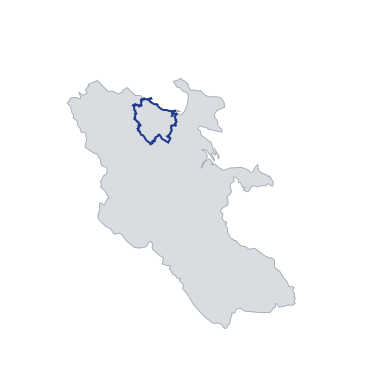 Zaporizhzhya highlighted on a map of Ukraine, rotated 226°
{"feature_id": "UKR-331", "entity_name": "Zaporizhzhya", "entity_type": "Region", "adm_level": 1, "iso_a3": "UKR", "parent_name": "Ukraine", "parent_adm1": "", "projection": "equal_earth", "projection_center": [35.703, 47.193], "detail": "fine", "context": "in_parent", "style": "outline", "palette": "blue", "viewbox_px": 384, "rotation_deg": 226, "n_neighbors": 0, "source": "natural_earth", "source_scale": "10m", "svg_char_len": 8882}
<svg xmlns="http://www.w3.org/2000/svg" viewBox="0 0 384 384"><g transform="rotate(226 192 192)"><path d="M257.8,248.6L261.9,254.3L265.3,257.2L267.1,257.3L271.8,255.3L274.9,256.0L277.6,254.1L284.6,255.5L282.5,259.1L281.5,262.8L272.5,264.2L269.1,262.0L265.6,262.1L263.6,264.8L260.1,266.6L258.9,268.7L252.5,268.6L248.2,270.6L244.9,274.7L241.2,277.3L238.4,278.1L233.9,277.1L230.4,274.3L233.3,266.4L232.4,262.1L229.6,260.1L226.0,259.9L221.4,256.5L216.1,256.9L214.3,255.2L225.4,247.5L227.8,247.2L234.5,243.1L233.3,239.8L230.5,240.6L226.6,238.0L214.1,240.1L206.6,236.1L203.1,235.7L202.2,234.7L205.9,233.8L206.2,232.4L201.2,231.5L198.5,229.6L212.3,231.4L216.0,228.3L212.2,229.4L208.3,228.7L206.9,227.7L205.3,224.6L205.3,220.2L203.6,216.3L202.3,215.1L204.8,221.4L204.0,227.5L198.1,227.2L198.7,224.7L195.9,228.0L191.4,228.1L185.5,229.7L182.9,236.0L175.1,244.9L168.2,247.9L165.8,247.4L164.8,248.1L164.3,250.8L165.4,252.2L166.2,256.6L165.8,258.5L163.5,256.0L160.7,254.9L157.6,255.3L151.8,257.8L149.9,257.3L150.0,258.6L149.4,259.0L144.1,257.7L141.9,256.5L140.2,254.2L141.9,253.1L145.2,252.7L145.2,249.4L149.4,245.2L149.7,243.3L153.4,240.8L154.5,238.0L153.3,233.9L153.9,231.8L157.9,230.3L158.1,233.5L158.9,233.2L159.8,231.6L165.1,233.1L166.7,232.0L168.9,234.1L173.0,233.5L174.0,232.5L170.5,230.0L171.0,225.9L169.9,223.6L164.8,220.6L163.9,217.0L164.5,213.8L161.9,212.6L157.8,209.1L159.3,202.8L159.2,200.5L158.0,198.7L154.6,199.0L152.2,195.3L148.1,194.7L146.9,196.0L146.3,194.7L144.9,194.8L145.1,193.3L144.2,192.7L140.8,192.3L140.0,190.9L136.4,188.9L131.9,187.6L129.4,188.9L128.2,188.5L126.3,189.9L119.9,189.5L115.9,192.3L110.5,193.5L109.9,195.5L107.9,198.1L95.9,199.9L90.8,201.8L89.1,203.5L85.9,204.1L80.9,199.4L79.3,199.1L74.1,200.0L65.6,198.1L61.2,198.1L56.8,196.0L55.2,197.8L52.1,199.1L51.9,197.3L50.5,195.5L47.4,195.0L46.5,193.5L43.7,192.4L42.3,189.1L40.3,189.1L40.7,185.6L43.5,183.1L48.3,174.7L53.3,175.5L53.5,174.5L51.3,172.6L51.9,170.0L51.0,164.7L52.1,163.3L58.1,157.1L70.1,146.9L74.5,146.2L76.7,143.7L76.9,141.9L75.2,138.3L77.4,137.1L77.3,136.5L75.6,135.1L73.9,131.2L70.9,127.3L71.3,125.6L70.3,123.0L70.5,121.1L73.5,120.5L76.1,121.6L79.1,120.0L83.3,115.8L95.0,114.4L109.0,114.8L122.8,117.8L128.8,118.1L131.2,121.4L136.2,121.3L137.6,121.9L137.7,123.8L140.4,121.5L142.9,122.1L145.8,121.1L152.6,122.5L153.3,124.3L154.6,124.8L156.7,122.6L160.9,120.7L164.7,125.8L168.2,124.7L178.2,123.8L180.6,125.5L181.0,127.0L184.4,128.3L185.9,126.4L184.5,121.4L185.4,119.5L188.3,115.2L192.1,112.1L201.9,110.8L210.8,112.0L213.5,110.7L214.9,107.4L216.1,106.7L222.1,107.8L227.8,106.0L237.4,105.9L240.4,107.8L243.5,113.4L248.1,117.6L247.8,118.9L243.5,119.7L243.4,120.4L244.8,122.3L245.3,126.2L246.0,126.7L245.0,128.5L249.6,128.9L253.2,130.2L259.0,129.6L260.6,132.6L263.1,132.9L263.1,134.9L265.2,139.5L264.4,142.0L264.7,143.5L267.7,147.1L269.1,147.6L272.7,145.7L276.4,146.3L279.6,149.0L282.8,149.0L284.8,150.5L287.1,148.7L298.2,146.2L300.8,148.7L301.2,150.4L302.9,152.6L308.7,156.6L310.4,156.2L310.8,154.4L312.2,153.8L315.4,155.7L318.7,155.9L323.3,158.7L327.6,158.0L329.8,160.4L332.4,160.7L337.8,164.0L342.9,163.9L342.6,167.0L343.7,168.4L343.5,170.9L339.9,174.9L336.6,176.1L337.7,178.1L341.7,179.5L342.0,180.1L338.5,180.4L337.0,181.9L336.1,185.1L339.3,186.2L340.3,190.1L339.7,191.3L341.5,192.1L338.0,201.3L322.5,201.5L319.5,205.2L314.9,206.4L313.5,207.5L312.1,212.8L313.5,213.7L312.2,215.9L312.4,217.8L301.0,218.2L297.5,221.6L292.6,222.5L288.3,226.1L286.4,225.0L284.2,225.0L279.4,227.3L275.1,227.1L271.7,228.1L264.4,233.5L261.0,238.2L257.7,239.6L262.3,235.7L262.5,233.7L261.5,232.1L258.6,236.0L254.9,237.7L255.0,242.2L257.8,248.6ZM208.5,238.5L198.5,236.2L197.6,233.6L199.8,235.9L208.5,238.5Z" fill="#d9dde1" stroke="#a8b0b8" stroke-width="1"/><path d="M273.0,227.5L270.7,228.6L270.2,229.0L268.9,230.4L268.3,230.9L266.3,231.8L265.9,232.0L265.7,232.3L265.2,232.9L264.9,233.1L264.3,233.5L264.0,233.7L262.3,236.3L262.0,236.1L262.5,235.4L263.1,234.8L263.4,234.5L263.4,233.9L262.8,234.4L262.5,234.5L262.1,234.1L261.9,233.6L262.0,233.1L262.4,232.2L261.8,232.1L261.2,231.7L261.0,231.4L260.8,231.0L260.7,230.6L260.4,231.0L260.5,231.4L260.8,231.8L261.0,232.2L261.0,232.4L261.1,232.6L261.2,232.8L261.1,233.1L261.0,233.4L260.4,233.9L259.3,235.4L258.7,235.3L258.5,235.1L258.5,234.6L258.4,234.2L258.5,233.6L258.5,233.4L258.1,231.8L258.0,231.6L257.9,231.5L257.4,231.5L257.2,231.5L257.0,231.3L256.8,231.3L256.6,231.1L256.2,230.8L255.3,230.9L255.0,230.8L255.0,230.5L255.0,230.4L255.2,230.2L255.1,229.9L254.3,229.8L253.7,229.9L253.4,229.8L253.3,229.5L252.9,228.9L252.8,228.6L252.8,228.4L253.1,228.0L253.2,227.9L253.1,227.7L253.0,227.2L252.8,227.1L252.4,227.0L252.1,227.0L251.8,226.8L251.7,226.7L251.5,226.8L251.3,226.7L251.2,226.7L251.2,226.3L251.2,226.2L251.4,226.0L252.1,225.9L252.4,225.6L252.7,225.4L252.8,225.3L252.9,224.9L253.1,224.7L253.2,224.1L253.2,223.9L253.3,223.9L254.0,223.6L254.1,223.3L254.0,223.0L253.9,222.7L253.7,222.6L253.3,222.6L253.2,222.4L252.9,221.6L252.8,221.4L251.9,221.1L251.4,220.8L251.0,220.8L250.9,220.7L250.7,220.0L250.6,219.8L250.1,219.7L250.0,219.4L250.0,218.6L249.7,217.6L249.2,217.3L249.1,217.1L249.0,216.7L249.0,216.3L249.1,215.7L248.9,215.1L248.9,214.9L249.0,214.8L249.1,214.7L249.1,214.4L249.1,214.2L248.7,214.0L248.6,213.8L248.7,213.5L248.7,213.3L248.8,213.2L249.1,213.1L249.2,212.9L247.9,212.9L247.7,213.0L247.5,213.4L247.4,213.5L247.2,213.8L246.6,213.6L246.3,213.7L245.9,213.9L245.7,213.9L245.6,213.7L245.5,213.3L245.5,213.2L245.3,212.8L244.5,210.3L244.1,209.3L246.0,208.7L248.2,208.3L250.5,207.4L251.6,207.4L253.0,208.0L254.8,208.3L255.9,208.3L256.1,208.3L256.2,208.2L256.3,207.9L256.4,207.4L256.4,207.1L256.2,207.0L255.9,206.8L255.8,206.6L256.1,206.0L256.4,205.0L256.5,204.6L256.7,203.6L256.5,203.4L255.8,203.2L255.7,203.1L255.8,202.7L255.7,202.4L255.8,202.2L256.0,201.8L256.0,201.7L255.9,201.5L254.6,200.8L254.4,200.7L254.4,200.4L254.4,200.2L254.5,200.1L255.1,199.6L255.9,199.4L256.1,199.3L256.2,199.2L256.2,198.8L256.1,198.6L255.4,198.5L255.2,198.3L255.0,198.2L255.0,197.9L254.9,197.7L254.6,197.7L254.5,197.4L254.9,197.2L255.0,196.5L255.1,196.2L254.9,195.7L255.0,195.4L255.3,195.3L255.5,195.3L255.5,195.7L255.5,196.0L256.7,196.2L257.1,195.9L257.7,195.5L258.1,195.3L258.5,195.4L258.8,195.3L259.0,195.2L259.7,195.1L259.8,195.1L260.3,195.3L260.5,195.3L261.8,195.1L262.3,195.2L263.4,195.7L266.1,196.1L266.4,196.2L266.7,196.2L266.9,196.1L267.1,196.0L267.5,195.6L267.9,195.4L268.6,195.2L269.1,195.2L269.3,195.2L269.5,195.3L269.9,195.7L270.1,195.8L271.0,196.0L271.4,196.5L271.7,196.5L272.6,196.1L273.6,195.9L274.0,196.0L274.0,196.7L274.1,197.0L274.2,197.3L274.5,197.3L275.2,197.0L275.4,197.0L275.3,197.3L275.0,197.7L275.0,197.8L275.4,198.0L275.5,198.1L275.6,198.6L275.6,198.9L275.6,199.0L275.8,199.1L276.0,199.2L276.1,199.3L276.6,199.3L276.5,199.6L276.6,199.9L276.3,200.7L276.2,200.8L275.8,200.6L275.7,200.6L275.6,200.9L275.9,201.1L275.9,201.3L276.2,201.4L276.3,201.5L277.2,201.5L277.3,201.4L277.5,201.1L277.9,200.9L278.1,200.9L278.1,201.0L278.3,201.6L278.9,201.7L279.1,201.9L279.5,202.0L280.0,201.9L280.3,201.6L280.5,201.5L280.7,201.4L281.0,201.5L281.3,201.7L284.4,201.3L284.4,202.2L284.5,202.5L284.9,202.6L285.5,202.5L285.8,203.1L286.3,204.1L286.6,204.7L286.8,204.9L287.3,205.0L287.0,205.3L286.9,205.4L286.9,205.6L287.0,205.8L287.4,205.8L287.4,206.0L287.3,206.4L287.3,206.5L287.5,206.6L288.2,206.4L288.7,206.7L289.3,207.4L289.8,207.7L290.4,207.3L290.7,207.3L291.4,207.7L291.6,207.8L292.0,208.3L293.3,209.3L293.7,209.8L293.8,209.9L294.0,209.9L294.1,209.7L295.4,209.7L295.4,209.8L295.1,210.4L295.0,210.5L295.0,210.8L294.9,211.1L294.8,211.4L294.8,211.5L294.8,211.9L294.8,212.0L294.5,212.2L294.2,211.9L294.0,211.7L293.8,211.6L293.6,211.6L293.4,211.8L293.2,212.3L293.0,212.6L292.9,212.8L292.9,213.0L292.8,213.3L292.2,213.5L291.8,213.5L291.5,213.5L291.3,213.4L291.1,213.3L290.8,213.2L290.6,213.1L290.4,213.1L290.2,213.3L290.2,213.6L290.6,214.3L290.7,215.1L290.5,215.3L290.4,215.3L289.4,215.4L289.2,215.5L289.3,215.7L289.4,215.8L289.8,216.2L290.7,216.5L291.1,216.7L291.4,217.2L291.5,217.5L291.8,218.1L291.9,218.4L292.6,218.8L292.8,218.6L293.7,219.2L293.8,219.3L293.5,219.6L293.3,219.8L293.7,220.3L293.7,220.5L293.3,220.8L293.1,220.8L292.9,220.7L292.7,220.7L292.1,221.2L291.9,221.4L291.9,221.5L292.4,222.5L292.2,222.5L291.5,223.0L291.3,223.1L290.7,223.3L289.8,224.1L289.3,224.2L289.4,224.7L289.2,225.2L288.8,225.7L288.7,226.2L288.6,226.8L288.2,227.4L287.8,227.8L287.4,227.7L287.5,227.5L287.9,227.7L288.2,227.0L288.4,226.3L288.4,225.9L288.2,225.8L287.6,225.1L287.4,225.0L286.8,224.8L286.6,224.6L286.3,224.8L286.0,224.8L285.5,224.6L285.2,224.7L284.9,225.0L284.7,225.1L283.6,225.1L282.9,225.5L282.1,225.6L281.5,225.9L281.0,226.2L279.9,227.3L279.5,227.8L279.4,228.5L279.3,228.1L279.2,228.1L278.9,228.2L278.9,228.4L278.8,228.2L278.8,227.8L278.6,227.7L278.4,227.3L278.2,227.2L277.9,227.1L277.6,227.1L277.0,227.2L275.7,227.1L273.4,227.5L273.0,227.5Z" fill="none" stroke="#1e3a8a" stroke-width="2"/></g></svg>